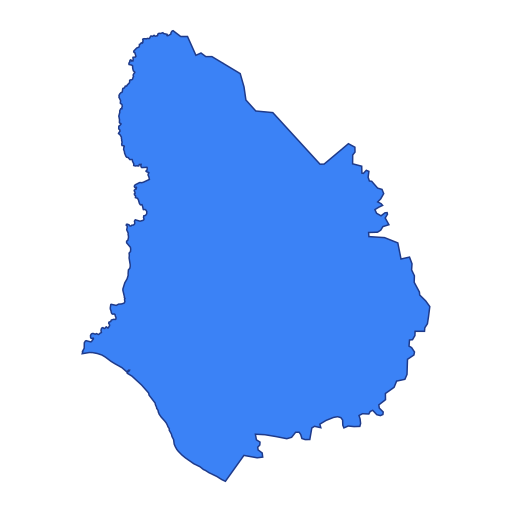 outline of Ecilda Paullier, San José, Uruguay
{"feature_id": "84410073B50941503213986", "entity_name": "Ecilda Paullier", "entity_type": "district", "adm_level": 2, "iso_a3": "URY", "parent_name": "Uruguay", "parent_adm1": "San José", "projection": "mercator", "projection_center": [-57.073, -34.372], "detail": "fine", "context": "isolated", "style": "filled", "palette": "blue", "viewbox_px": 512, "rotation_deg": 0, "n_neighbors": 0, "source": "geoboundaries", "source_scale": "gbopen_adm2", "svg_char_len": 6000}
<svg xmlns="http://www.w3.org/2000/svg" viewBox="0 0 512 512"><path d="M82.7,351.0L82.9,351.0L82.2,353.7L89.3,352.5L92.6,352.6L97.3,353.5L101.9,355.0L105.4,357.1L111.1,361.4L114.5,363.5L122.0,367.7L126.8,371.9L128.8,370.1L129.5,370.2L128.9,371.2L127.8,371.9L127.3,371.9L127.1,372.5L127.4,372.9L127.3,373.3L131.9,376.1L141.6,385.0L148.6,393.0L149.1,395.2L155.1,403.0L155.4,404.6L156.6,407.4L156.7,408.4L157.8,409.9L158.3,411.1L158.2,411.8L158.9,413.3L159.0,413.9L161.2,417.1L164.8,421.1L166.2,422.9L167.3,425.0L168.0,426.8L169.3,428.7L169.2,430.1L171.4,434.1L172.0,436.5L173.6,439.6L174.2,444.1L175.3,446.7L176.8,449.4L178.3,451.3L181.8,454.9L185.3,457.8L193.7,463.7L200.1,466.8L203.4,469.5L205.4,470.4L209.0,472.7L216.9,476.5L221.8,479.6L225.4,481.3L243.9,455.4L257.2,457.8L262.7,457.1L262.2,453.0L258.1,449.9L257.7,447.2L259.8,445.0L260.0,442.1L256.4,439.8L255.4,434.2L264.9,434.7L276.2,436.6L286.8,438.7L291.6,437.3L295.6,432.3L299.1,432.2L300.7,434.5L301.9,438.5L305.2,439.6L309.8,439.5L311.8,428.0L314.5,426.3L320.8,427.7L319.8,424.2L326.1,420.4L333.6,417.4L337.6,416.7L340.8,417.6L342.6,420.0L342.8,425.2L343.9,427.9L348.2,426.0L354.0,426.6L359.8,426.4L360.6,423.5L360.1,419.0L359.0,415.5L362.5,413.7L368.8,414.0L370.2,411.5L372.7,410.3L376.8,414.7L380.4,415.6L382.9,414.5L383.2,412.0L379.3,408.1L378.8,404.9L385.5,399.7L385.4,393.5L394.1,387.3L396.6,381.1L404.9,379.3L407.0,374.4L407.5,359.3L413.9,355.0L414.5,352.0L411.6,347.6L409.0,346.1L409.5,340.0L412.5,339.7L414.9,335.6L415.1,331.3L424.5,331.3L424.8,327.8L427.4,323.8L428.5,316.7L429.8,306.6L425.7,300.9L419.7,295.0L419.4,292.0L414.2,282.3L414.4,275.8L411.6,269.9L412.0,263.8L409.5,257.1L401.0,259.0L397.8,242.9L384.5,237.6L368.9,236.6L368.6,232.5L377.5,232.2L380.7,230.2L382.9,226.6L388.9,224.7L385.2,218.0L387.5,214.2L387.1,212.6L385.0,212.8L381.0,215.8L376.6,213.3L374.9,209.6L378.8,207.2L382.6,205.4L381.1,203.7L377.7,201.9L380.7,198.9L383.7,193.6L382.0,189.4L377.6,188.1L371.7,181.3L369.4,181.0L368.1,177.3L368.9,171.4L366.3,170.3L363.4,173.4L361.9,173.1L361.7,166.2L352.6,163.8L352.7,155.0L355.0,152.1L354.9,147.2L348.4,143.7L324.1,164.1L320.0,164.2L272.8,112.6L255.8,111.0L245.9,100.0L244.0,86.9L240.2,73.6L211.9,56.6L205.8,56.6L201.0,53.0L195.9,55.3L187.5,36.5L180.7,36.5L173.1,30.7L172.2,31.0L171.6,31.7L171.0,32.7L170.8,34.1L168.4,35.5L167.2,35.7L167.0,35.4L167.3,35.0L167.1,34.3L163.5,33.5L162.9,32.7L160.3,33.5L159.5,33.3L158.5,33.5L157.8,34.2L157.6,35.5L157.0,35.9L156.7,35.8L155.6,36.2L154.8,36.0L154.3,35.4L153.6,35.5L152.7,36.4L151.3,36.0L150.7,36.1L149.6,38.2L149.1,38.6L147.3,38.4L146.6,38.8L144.1,38.7L143.2,38.9L142.7,39.3L143.1,40.6L142.8,41.2L142.9,41.9L142.7,42.7L142.1,43.2L141.3,42.8L140.4,44.0L139.4,44.4L139.4,45.9L138.9,47.1L136.7,48.0L133.9,50.9L133.7,51.9L134.2,52.5L134.8,52.6L135.9,56.3L135.7,56.7L135.4,57.0L133.0,57.3L132.9,57.6L133.2,59.3L132.9,60.9L132.4,60.8L131.8,61.0L131.6,60.4L130.7,59.8L130.2,60.1L129.7,61.2L129.9,61.7L128.9,63.2L129.0,64.5L131.7,65.1L132.6,65.9L132.6,67.1L132.8,68.8L133.4,70.9L134.6,71.8L134.8,72.5L134.5,73.0L134.2,73.1L133.2,74.8L133.2,75.7L133.5,76.7L133.0,77.4L132.6,79.1L131.7,79.8L130.4,79.9L129.8,80.2L129.6,80.7L129.7,81.6L129.3,83.0L127.4,84.8L126.6,86.1L125.3,86.1L124.4,87.9L122.9,88.4L122.7,88.9L122.3,91.7L121.9,92.3L120.9,92.7L119.7,94.0L119.0,95.4L119.2,96.3L118.9,97.1L120.6,100.6L120.3,103.1L120.6,103.6L121.4,103.9L122.0,104.7L122.3,106.4L121.8,107.4L121.9,108.7L120.7,108.8L119.7,110.9L119.8,112.2L118.8,116.1L119.5,119.7L119.4,122.6L119.8,123.1L120.9,123.6L121.0,124.1L120.0,125.3L118.8,126.2L118.7,128.5L119.0,129.3L119.7,129.7L120.0,131.1L118.6,133.2L118.5,133.6L119.9,134.6L121.4,137.1L121.4,138.4L121.7,139.6L121.6,140.2L122.1,142.2L121.7,144.0L122.0,145.5L123.9,145.8L124.3,146.4L124.2,146.9L123.9,147.0L123.6,149.4L124.4,151.5L124.6,153.2L125.9,156.3L126.6,157.2L128.2,157.6L129.9,159.6L132.1,159.5L132.3,159.8L132.5,161.2L133.8,163.9L133.7,165.5L135.4,166.0L137.2,165.7L137.8,166.0L138.3,166.0L138.8,165.9L139.3,164.5L141.1,164.4L140.8,165.8L141.2,167.0L141.8,167.6L146.9,167.3L147.2,167.7L147.2,169.2L147.0,170.1L146.2,170.7L146.0,171.2L146.9,171.9L148.5,172.4L148.9,172.8L148.3,173.8L148.0,174.9L148.9,177.0L149.4,179.4L143.2,182.3L141.5,182.7L140.0,182.5L139.3,182.7L135.2,184.8L134.4,185.9L134.3,186.4L134.6,187.2L135.2,187.7L136.2,187.2L136.5,187.6L136.2,189.0L135.3,189.3L134.2,190.3L134.3,191.0L134.9,192.1L135.1,193.2L134.3,193.9L134.6,195.0L135.3,195.4L135.6,195.9L135.4,197.6L137.5,198.3L138.4,199.9L139.4,203.4L140.2,204.6L140.6,204.9L141.9,204.6L142.6,206.4L143.2,209.2L143.4,209.6L145.1,209.5L146.0,210.2L146.8,211.6L146.7,213.8L145.5,215.4L143.8,215.8L143.5,217.4L144.0,219.1L143.8,219.7L143.1,220.3L140.1,221.2L135.3,219.8L134.4,221.2L134.7,222.1L134.7,223.7L134.0,224.6L133.0,225.2L132.0,225.1L130.9,226.0L130.0,226.0L129.0,224.8L127.4,224.2L126.5,224.3L126.2,225.2L127.1,226.0L127.3,226.8L126.7,229.8L128.2,233.1L128.1,234.8L128.4,235.6L128.5,237.4L127.9,240.1L126.6,241.2L126.6,242.8L130.4,247.3L130.7,249.1L130.5,251.5L129.1,253.1L129.3,255.4L129.1,258.0L130.2,264.7L130.2,266.5L129.8,268.3L128.4,269.9L128.1,273.9L128.2,275.2L127.1,278.8L124.8,282.8L122.9,288.9L122.9,290.4L124.4,296.7L124.3,297.3L124.5,298.0L125.0,298.3L124.5,299.7L124.9,301.5L124.3,302.9L123.3,303.4L121.3,304.0L118.7,304.1L116.2,305.4L111.2,304.3L110.8,304.5L110.3,307.7L110.3,309.0L111.0,310.9L111.3,312.5L111.7,313.4L112.3,314.0L113.0,314.2L114.0,313.9L115.0,314.5L115.3,316.0L116.0,317.5L115.9,319.0L115.2,319.5L113.9,319.3L111.7,319.9L111.3,320.1L110.7,321.5L108.9,322.2L108.7,323.3L109.5,324.6L109.6,325.7L108.2,327.9L107.5,327.9L106.5,326.9L106.0,327.0L104.7,328.5L103.9,328.4L102.9,327.6L102.0,327.9L101.5,328.4L101.1,329.8L101.0,330.6L101.4,332.5L100.1,333.2L98.8,334.4L98.3,334.5L96.5,333.6L95.2,334.2L93.0,333.4L91.8,333.7L91.1,334.3L90.5,335.5L90.6,337.5L90.9,338.1L91.6,338.5L93.2,338.1L93.4,338.3L93.4,338.9L91.5,341.5L90.8,341.9L86.2,340.7L85.4,341.0L84.3,342.8L84.2,348.3L82.7,351.0Z" fill="#3b82f6" stroke="#1e3a8a" stroke-width="1.5"/></svg>